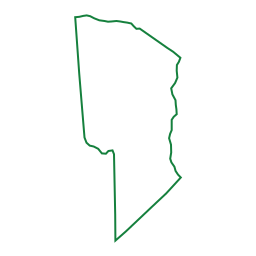 São Luís do Curu, Ceará, Brazil (Equal Earth projection)
{"feature_id": "56859067B5197375737563", "entity_name": "São Luís do Curu", "entity_type": "district", "adm_level": 2, "iso_a3": "BRA", "parent_name": "Brazil", "parent_adm1": "Ceará", "projection": "equal_earth", "projection_center": [-39.255, -3.658], "detail": "fine", "context": "isolated", "style": "outline", "palette": "green", "viewbox_px": 256, "rotation_deg": 0, "n_neighbors": 0, "source": "geoboundaries", "source_scale": "gbopen_adm2", "svg_char_len": 841}
<svg xmlns="http://www.w3.org/2000/svg" viewBox="0 0 256 256"><path d="M180.8,177.5L178.0,174.6L175.6,171.0L174.4,166.7L171.4,162.4L170.2,158.7L171.2,152.5L171.0,144.7L169.1,138.2L170.1,133.9L171.7,130.1L171.7,124.7L171.7,119.8L173.8,116.7L176.7,114.2L176.4,109.2L175.8,104.9L175.5,100.2L172.4,94.4L171.2,88.3L175.1,83.0L177.4,77.6L176.7,70.7L176.9,65.0L178.9,61.8L180.4,57.8L173.2,51.8L167.4,48.0L139.7,28.6L136.4,28.8L133.7,26.2L131.3,23.5L127.2,22.6L123.6,22.1L120.4,21.5L116.4,21.0L111.2,21.5L108.0,21.7L104.5,21.0L99.3,20.3L94.2,18.3L90.2,16.2L86.7,15.4L83.2,15.9L79.4,16.8L75.2,17.2L79.2,73.3L84.5,137.5L86.5,142.7L89.7,145.6L93.7,146.5L98.2,148.8L101.9,153.4L105.9,153.7L108.4,151.0L112.5,150.4L114.0,154.2L115.2,214.7L115.4,240.6L125.9,231.4L151.7,207.0L166.4,193.2L180.8,177.5Z" fill="none" stroke="#15803d" stroke-width="2"/></svg>